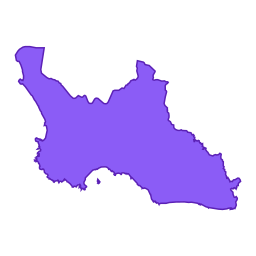 outline of Laem Ngop, Trat, Thailand
{"feature_id": "78962969B48901516523989", "entity_name": "Laem Ngop", "entity_type": "district", "adm_level": 2, "iso_a3": "THA", "parent_name": "Thailand", "parent_adm1": "Trat", "projection": "natural_earth1", "projection_center": [102.364, 12.232], "detail": "fine", "context": "isolated", "style": "filled", "palette": "violet", "viewbox_px": 256, "rotation_deg": 0, "n_neighbors": 0, "source": "geoboundaries", "source_scale": "gbopen_adm2", "svg_char_len": 5805}
<svg xmlns="http://www.w3.org/2000/svg" viewBox="0 0 256 256"><path d="M44.2,47.8L36.2,47.8L29.8,46.6L25.2,46.6L23.0,47.1L19.5,49.3L17.9,51.1L15.4,55.1L16.4,60.4L17.7,61.4L19.1,61.4L20.8,64.8L22.5,69.9L22.5,71.5L23.6,75.8L23.5,78.6L22.9,80.2L22.6,79.9L22.0,80.4L20.2,79.1L19.0,80.3L18.6,81.4L20.4,83.9L21.8,84.1L22.6,83.8L25.4,86.8L31.2,95.0L32.3,95.8L34.3,99.7L35.7,101.5L38.2,106.0L38.6,106.1L38.7,107.1L40.3,110.7L41.3,111.8L41.6,113.5L44.9,119.4L45.5,121.8L45.2,122.5L44.6,123.0L44.8,123.8L44.3,125.5L45.0,125.3L46.4,125.9L47.2,130.3L45.5,138.1L43.5,140.4L42.5,140.8L42.2,140.4L42.1,140.8L40.7,140.2L40.9,139.6L40.5,139.2L39.5,139.7L39.3,139.0L37.2,138.6L36.8,137.9L36.2,138.0L35.4,138.8L35.4,140.0L35.9,141.2L38.3,141.9L38.2,142.8L39.2,145.0L38.9,146.2L39.4,146.2L39.7,146.8L39.6,147.9L38.4,148.1L37.5,149.1L38.2,149.0L39.3,148.2L40.7,149.6L40.5,150.9L39.2,151.3L37.5,153.0L37.4,153.8L38.4,153.9L38.7,154.3L39.2,154.1L39.1,156.2L38.3,156.4L38.1,155.4L37.7,155.5L37.3,156.6L36.3,156.9L36.1,157.8L35.6,158.0L36.8,158.8L36.6,159.8L35.1,160.1L35.6,160.4L36.7,160.3L36.4,161.5L37.2,161.1L37.8,161.6L38.8,163.2L38.7,163.5L39.2,163.7L40.0,166.3L39.5,166.8L39.5,168.2L40.1,169.2L42.0,169.6L42.6,169.0L43.6,169.2L44.2,170.5L44.4,172.2L45.9,173.8L47.6,174.3L48.0,175.6L47.1,176.9L47.8,177.6L49.1,178.2L49.2,179.0L50.0,178.7L50.6,179.4L51.7,179.8L51.9,180.2L52.6,180.2L53.4,181.7L53.8,181.1L54.4,181.9L54.8,181.2L57.3,180.6L57.9,180.1L58.3,180.4L58.2,181.3L58.9,182.7L59.6,181.5L60.4,181.2L61.0,181.3L61.8,182.0L62.6,181.2L63.9,180.6L63.9,179.8L64.2,179.4L64.7,179.7L64.8,179.2L66.7,180.8L67.1,181.8L68.0,182.0L70.3,183.9L72.3,186.5L72.3,187.0L73.3,187.1L74.1,186.2L76.3,186.8L76.3,186.2L76.9,186.0L77.5,185.1L79.0,184.9L79.8,184.3L80.5,185.4L79.2,186.8L79.2,187.4L79.8,186.8L80.9,187.2L80.7,188.0L81.5,188.9L81.4,189.6L82.4,188.4L83.0,188.4L84.1,189.7L84.8,189.8L85.1,189.5L84.8,188.7L85.0,188.2L86.6,186.8L86.5,186.3L84.4,184.6L83.9,183.3L84.0,182.1L85.3,179.6L85.3,177.9L92.7,170.2L95.2,169.4L95.6,169.7L97.0,168.9L97.4,169.2L98.6,168.2L101.3,167.0L105.2,166.8L106.7,167.1L107.6,167.7L108.6,168.6L108.7,169.3L109.6,169.1L111.4,171.4L112.1,170.8L112.9,171.4L112.9,171.7L113.7,171.9L114.5,173.0L113.9,174.3L114.6,175.2L115.3,175.3L116.0,173.6L118.5,173.1L120.3,173.6L121.1,174.5L121.3,174.4L121.1,174.0L121.5,173.2L123.0,172.8L124.2,173.0L125.4,173.8L125.8,173.4L126.5,173.5L127.0,174.2L127.8,173.6L128.5,173.8L131.0,177.1L130.8,178.1L131.0,178.6L131.7,177.5L132.4,178.1L136.9,183.0L137.6,184.0L137.4,184.4L138.7,185.5L139.7,185.5L142.0,187.7L142.1,188.5L142.7,188.0L143.7,188.4L144.5,188.0L146.2,188.6L148.2,189.9L150.3,194.5L150.6,194.5L151.5,198.9L152.0,199.8L153.0,200.7L153.0,201.3L153.5,201.9L154.2,201.2L155.3,202.1L155.6,201.6L156.3,202.9L156.6,203.1L157.0,202.7L158.3,203.2L159.0,204.4L159.2,203.7L159.7,203.8L160.7,203.3L166.1,203.3L169.3,202.5L176.1,202.0L184.4,201.9L188.5,202.4L191.5,202.2L197.9,203.3L198.8,204.3L199.4,204.6L199.7,204.6L199.7,204.1L200.3,204.6L200.4,204.2L201.0,204.5L201.2,204.2L206.0,206.8L208.3,207.4L208.5,208.0L209.2,207.6L218.4,209.1L222.6,209.4L227.0,208.8L228.1,208.3L230.9,207.9L231.2,208.1L230.5,208.7L230.3,209.4L230.9,209.3L231.1,208.8L232.0,209.2L232.4,209.1L232.4,208.6L233.0,209.0L234.1,208.2L234.9,208.6L236.3,205.1L235.7,201.9L237.1,199.7L237.3,198.2L236.2,196.6L235.1,197.4L234.2,197.2L233.1,194.5L232.9,192.2L231.0,190.2L230.6,189.1L231.5,188.4L233.0,188.9L233.4,188.1L234.0,188.4L234.6,187.7L235.3,188.0L236.1,189.1L236.8,187.4L236.7,186.3L237.7,185.5L238.3,185.5L238.2,184.0L238.8,182.9L240.6,181.4L240.1,179.8L238.9,178.2L237.7,178.1L235.3,179.6L233.5,179.9L232.2,181.6L230.9,181.2L230.0,181.8L229.1,179.5L227.9,177.6L227.5,178.4L226.8,178.4L226.3,175.9L225.6,174.6L225.8,171.9L224.9,171.3L224.5,170.3L224.7,169.4L223.3,168.6L224.1,166.8L223.3,165.9L223.3,161.7L222.6,161.2L222.4,159.9L221.0,158.8L220.8,156.8L221.2,154.4L220.8,153.7L219.8,153.3L218.6,154.6L216.8,155.0L215.6,154.6L213.9,155.1L213.4,155.7L212.6,155.9L209.3,154.8L207.7,152.1L207.0,151.6L205.9,150.0L205.6,149.0L206.0,148.3L204.8,147.7L204.1,148.1L203.7,149.3L202.8,149.2L203.5,148.1L203.7,147.2L202.3,146.4L202.8,145.1L201.7,144.3L202.4,144.1L202.5,143.6L201.3,143.9L200.5,142.7L199.9,142.9L199.2,141.7L199.2,140.8L198.2,140.4L197.1,141.1L195.2,139.8L194.6,141.5L194.1,141.5L193.7,139.5L194.5,139.3L194.8,137.3L193.7,136.8L193.6,136.2L194.1,135.5L193.3,134.5L192.2,134.9L190.9,132.7L187.6,132.2L187.3,131.4L186.4,130.7L182.3,130.5L181.2,129.8L179.9,130.4L177.9,130.4L175.8,129.6L174.4,128.5L173.8,127.4L173.7,125.0L171.6,124.4L170.4,121.7L168.4,120.4L168.2,119.6L169.0,117.2L169.0,115.4L168.7,113.1L167.6,112.2L167.2,110.8L167.6,110.1L167.2,109.5L167.4,107.9L164.9,105.5L164.1,103.5L165.3,96.8L166.6,91.8L166.3,90.9L165.3,90.1L165.2,85.8L166.0,84.3L167.5,83.4L168.2,82.3L167.5,81.8L166.0,81.8L164.5,80.9L161.7,81.1L157.8,79.7L155.9,79.7L154.3,80.2L153.0,79.8L152.7,79.3L153.4,77.7L153.1,76.4L153.2,75.0L155.0,71.8L155.1,71.1L149.2,65.5L145.1,64.6L144.1,62.7L143.3,62.1L137.4,60.7L136.5,66.4L137.3,68.1L136.8,70.9L138.2,76.1L137.9,77.5L136.6,79.2L135.1,80.2L134.0,79.4L133.4,80.0L133.1,79.8L130.8,80.8L129.5,82.8L127.9,83.9L127.6,84.8L126.0,85.2L124.0,88.5L122.0,88.0L118.8,90.3L114.7,90.3L113.1,90.9L108.8,100.7L107.9,102.5L106.9,103.5L105.5,103.8L103.8,103.5L97.9,98.4L96.1,98.1L94.7,99.0L92.4,103.0L91.2,103.5L89.7,103.4L89.0,103.1L87.9,101.5L85.8,96.1L84.8,95.4L84.1,95.6L82.6,97.1L81.8,97.3L78.3,95.6L75.6,98.1L73.9,98.4L73.1,98.2L70.4,95.9L62.7,86.3L61.2,85.0L60.7,83.5L59.2,82.9L58.1,81.2L56.1,80.8L54.8,79.8L52.9,79.5L51.1,78.5L49.1,78.8L46.9,77.6L41.5,73.2L40.8,69.6L44.2,47.8ZM98.3,183.6L99.2,183.1L99.9,181.9L97.8,179.3L97.4,181.2L98.3,181.9L97.6,183.1L98.3,183.6ZM35.3,161.1L35.0,160.5L34.7,160.3L34.6,161.0L35.3,161.1Z" fill="#8b5cf6" stroke="#5b21b6" stroke-width="1.5"/></svg>